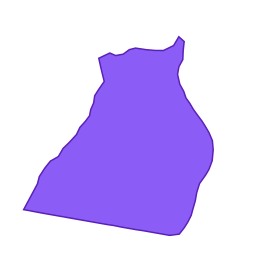 outline of Valparaíso de Goiás, Goiás, Brazil, rotated 190°
{"feature_id": "56859067B60747334875226", "entity_name": "Valparaíso de Goiás", "entity_type": "district", "adm_level": 2, "iso_a3": "BRA", "parent_name": "Brazil", "parent_adm1": "Goiás", "projection": "robinson", "projection_center": [-47.989, -16.094], "detail": "fine", "context": "isolated", "style": "filled", "palette": "violet", "viewbox_px": 256, "rotation_deg": 190, "n_neighbors": 0, "source": "geoboundaries", "source_scale": "gbopen_adm2", "svg_char_len": 993}
<svg xmlns="http://www.w3.org/2000/svg" viewBox="0 0 256 256"><g transform="rotate(190 128 128)"><path d="M216.6,29.5L197.4,29.3L186.8,29.3L179.5,29.3L171.0,29.3L162.5,29.3L151.2,29.3L140.6,29.3L131.6,29.3L125.7,29.5L118.0,29.3L110.2,29.3L102.6,29.3L95.1,29.5L82.5,29.5L75.1,29.5L68.3,29.5L59.1,32.4L55.2,39.7L52.7,45.9L50.6,52.9L50.0,59.5L49.1,67.9L49.1,76.4L47.9,85.7L43.3,95.4L41.1,101.3L39.4,110.4L40.3,121.3L42.7,130.2L47.5,137.6L52.2,143.1L56.3,147.6L61.2,152.2L66.7,157.5L71.4,163.0L76.1,167.6L79.5,173.8L84.6,180.1L88.5,189.4L88.5,197.2L85.9,204.9L87.1,213.9L87.7,222.9L93.8,226.7L97.4,217.1L106.5,210.5L114.5,209.1L123.6,208.3L134.5,208.0L140.3,205.4L145.5,199.9L152.8,197.2L158.9,198.7L164.0,195.1L168.9,191.6L165.0,182.2L159.5,169.7L163.7,160.6L166.4,154.0L166.2,146.7L167.9,139.7L168.0,133.4L171.2,127.1L175.5,120.2L177.6,112.6L183.2,103.8L188.4,96.6L191.6,87.8L198.7,81.9L202.9,74.2L206.9,64.8L207.5,57.2L216.6,29.5Z" fill="#8b5cf6" stroke="#5b21b6" stroke-width="1.5"/></g></svg>